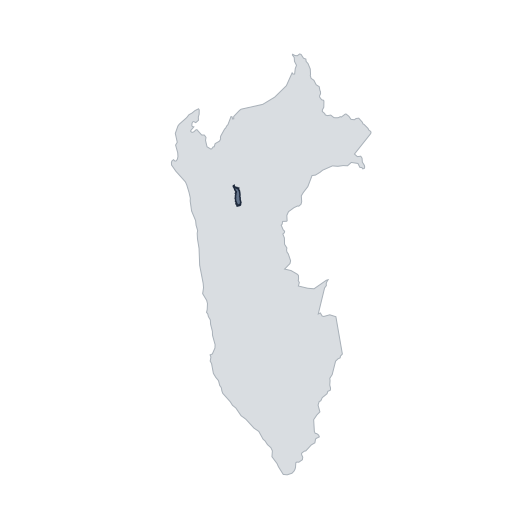 Huallaga, San Martín, Peru shown in context, rotated 13°
{"feature_id": "86281439B12799779720524", "entity_name": "Huallaga", "entity_type": "district", "adm_level": 2, "iso_a3": "PER", "parent_name": "Peru", "parent_adm1": "San Martín", "projection": "equal_earth", "projection_center": [-76.922, -6.751], "detail": "fine", "context": "in_parent", "style": "filled", "palette": "slate", "viewbox_px": 512, "rotation_deg": 13, "n_neighbors": 0, "source": "geoboundaries", "source_scale": "gbopen_adm2", "svg_char_len": 6706}
<svg xmlns="http://www.w3.org/2000/svg" viewBox="0 0 512 512"><g transform="rotate(13 256 256)"><path d="M341.9,144.8L341.8,146.3L340.4,147.1L339.2,146.0L337.3,146.3L334.5,142.9L327.8,143.4L324.9,147.5L320.5,148.3L315.6,150.2L310.2,151.0L301.6,157.4L299.6,160.0L295.7,163.8L292.5,165.0L290.9,176.7L287.8,183.5L286.6,187.2L288.3,192.8L288.2,195.5L286.5,197.8L285.1,198.0L282.1,200.4L277.7,205.5L276.9,209.5L278.4,214.7L277.9,215.3L274.2,216.3L274.3,219.2L273.6,220.3L276.6,224.4L278.3,225.4L278.4,226.5L278.1,227.5L277.4,228.0L277.4,228.9L279.6,232.0L281.2,238.2L284.3,241.2L284.4,243.2L285.3,245.2L287.0,246.7L290.8,252.9L290.8,255.7L286.8,262.3L293.4,262.3L300.7,264.6L301.8,265.6L302.6,268.6L302.7,270.5L304.2,272.1L304.0,275.7L313.6,275.8L319.9,274.9L330.0,263.8L331.6,262.9L330.8,265.3L330.6,267.1L331.2,269.0L330.0,271.7L329.7,298.5L331.5,297.0L333.9,299.6L335.6,299.7L341.1,296.7L347.5,297.2L362.2,332.1L360.8,334.5L360.9,336.3L359.0,337.8L357.2,340.6L356.9,354.4L355.4,358.6L356.2,360.8L356.9,365.2L358.3,367.9L358.6,369.6L358.5,370.2L356.4,371.7L356.2,374.2L352.4,379.1L351.7,382.5L350.3,383.6L350.0,387.3L353.3,393.5L351.1,397.1L349.0,402.5L352.3,413.8L353.6,415.5L355.1,415.4L357.3,416.4L358.4,418.0L355.7,420.2L355.2,421.1L355.4,424.8L352.4,427.6L348.3,434.8L347.2,435.1L345.2,437.3L344.8,438.3L345.2,439.4L346.8,441.5L347.0,444.1L344.1,447.3L342.1,447.6L341.3,448.5L342.0,452.8L342.0,454.8L341.4,457.1L339.9,459.6L335.6,462.2L331.7,462.7L325.2,456.2L323.2,453.5L316.7,448.0L315.8,442.2L313.6,439.4L309.6,437.2L306.5,434.2L304.1,432.9L298.2,426.3L292.8,424.2L282.8,417.3L277.4,415.0L270.5,408.6L266.7,406.8L263.7,403.8L254.6,397.4L253.2,395.3L251.8,392.1L249.8,390.3L247.5,385.9L244.1,383.3L240.9,380.0L236.9,370.8L235.0,368.7L234.8,364.6L233.5,362.7L235.5,361.3L236.7,354.9L236.1,351.6L231.4,342.9L230.5,339.3L227.1,332.7L225.9,328.6L223.2,325.7L222.0,323.2L220.5,322.1L220.5,319.1L219.4,313.2L217.9,310.3L212.5,304.7L212.0,298.7L210.7,294.6L203.2,277.7L198.8,261.4L195.1,252.4L193.6,247.1L193.4,244.3L190.7,239.5L189.2,235.1L183.1,226.6L179.5,217.2L179.0,214.4L176.5,209.2L172.6,202.4L170.6,199.7L158.8,191.4L153.2,186.3L152.5,183.7L152.8,182.1L154.0,180.7L155.7,181.8L156.8,181.3L157.6,179.5L157.6,176.7L156.5,173.0L152.7,166.0L153.7,162.9L149.8,154.7L150.7,146.8L151.6,144.8L157.3,136.8L158.9,133.4L161.4,131.2L163.9,128.0L166.9,125.5L167.8,126.4L168.7,130.7L168.5,133.5L169.4,136.7L167.3,139.6L165.0,139.0L164.1,139.7L163.8,141.1L164.1,143.2L164.7,144.1L166.4,144.2L164.2,148.4L164.3,149.3L165.9,150.0L167.5,149.0L169.1,146.6L170.0,146.2L175.8,150.3L178.5,149.8L180.6,151.7L180.8,154.7L183.7,160.6L188.0,162.0L188.8,161.5L189.7,159.3L190.7,159.0L190.9,155.7L194.6,152.3L195.2,149.9L194.6,148.2L194.7,146.9L196.9,139.2L197.6,138.4L198.2,135.9L199.1,134.4L200.3,125.8L201.4,125.8L202.4,127.8L203.5,127.3L202.9,125.4L203.1,124.7L207.2,117.8L208.5,116.3L228.5,106.7L238.5,97.0L247.3,83.2L250.0,69.4L251.0,70.4L252.7,70.0L252.1,64.5L252.5,61.8L252.5,61.0L249.7,57.7L248.6,54.0L246.2,51.9L246.3,51.2L248.9,51.9L251.2,51.6L253.1,49.3L254.6,49.5L257.8,52.6L260.3,52.9L261.1,55.2L263.4,56.8L266.8,61.6L268.3,66.8L268.2,67.7L269.7,70.5L272.9,71.8L276.1,75.6L279.5,76.8L281.0,80.3L281.9,81.4L282.4,83.4L281.9,85.7L282.3,86.9L284.8,89.0L286.9,89.1L287.4,90.1L288.6,95.8L287.8,98.7L288.1,100.3L290.9,101.7L291.7,102.9L293.9,103.2L297.1,101.9L300.9,103.7L303.9,103.1L305.3,102.6L306.7,101.3L307.9,101.4L311.0,97.7L311.8,97.4L315.1,99.0L317.8,101.5L321.2,101.1L322.6,99.5L325.1,98.6L329.5,101.7L330.5,103.2L331.7,103.5L336.5,106.5L337.3,107.7L339.8,108.9L340.3,109.9L340.2,111.0L329.0,134.5L332.4,136.4L335.6,135.2L337.3,136.8L338.5,140.6L341.1,143.2L341.9,144.8Z" fill="#d9dde1" stroke="#a8b0b8" stroke-width="1"/><path d="M227.6,203.2L227.5,202.9L227.4,202.6L227.1,202.3L227.0,202.2L226.9,201.9L226.8,201.7L226.7,201.6L226.7,201.4L226.7,201.2L226.8,201.0L226.8,200.9L226.7,200.7L226.6,200.2L226.6,199.9L226.5,199.7L226.4,199.5L226.4,199.4L226.3,199.2L226.2,199.0L226.2,198.9L226.2,198.7L226.1,198.4L226.0,198.2L225.9,198.1L225.9,197.9L225.8,197.7L225.7,197.4L225.6,197.2L225.5,196.9L225.4,196.8L225.2,196.5L225.2,196.4L225.2,196.2L225.0,195.9L224.9,195.9L224.7,195.8L224.5,195.7L224.4,195.7L224.2,195.1L224.0,194.9L224.0,194.4L223.9,194.1L223.7,193.8L223.7,193.7L223.4,193.8L223.3,194.0L223.2,194.3L223.1,194.2L223.1,194.3L222.9,194.4L222.7,194.2L222.3,194.1L222.2,194.3L222.0,194.2L221.9,194.2L221.6,193.8L221.4,193.8L221.2,194.0L221.0,193.9L220.9,193.8L220.9,193.6L220.9,193.4L220.7,193.2L220.6,192.9L220.6,193.0L220.4,193.4L220.4,193.5L220.2,193.6L219.8,193.6L219.7,193.5L219.4,193.6L219.3,193.4L219.2,193.4L219.2,193.2L219.0,192.6L218.9,192.6L218.7,192.5L218.7,192.4L218.6,192.5L218.5,192.4L218.4,192.4L218.3,192.5L218.2,192.6L218.3,192.8L218.4,193.2L218.3,193.4L218.4,193.5L218.5,193.7L218.8,193.8L219.0,194.0L219.1,194.3L219.3,194.3L219.4,194.5L219.5,194.5L219.5,194.4L219.7,194.5L219.8,194.6L219.7,194.7L219.7,194.8L220.0,194.9L220.0,195.0L220.1,195.3L220.2,195.7L220.2,195.8L220.3,196.0L220.4,196.3L220.5,196.4L220.8,196.4L221.0,196.5L221.2,196.9L221.3,197.0L221.5,197.3L221.6,197.5L221.9,197.6L222.0,197.6L222.1,197.8L222.3,197.8L222.3,198.1L222.2,198.3L222.3,198.5L222.1,198.5L222.0,198.9L222.0,199.1L221.9,199.2L221.8,199.4L221.8,199.5L222.0,199.5L222.1,199.8L222.1,200.0L222.3,200.2L222.4,200.3L222.4,200.5L222.5,200.6L222.5,200.8L222.6,201.0L222.5,201.3L222.4,201.6L222.4,201.8L222.5,202.0L222.6,202.3L222.6,202.5L222.6,202.8L222.8,203.0L222.9,203.4L222.9,203.7L222.9,203.8L222.8,204.0L223.0,204.0L223.0,204.3L223.0,204.5L223.1,204.8L223.2,205.0L223.3,205.4L223.3,205.5L223.5,205.9L223.6,206.0L223.7,206.4L223.7,206.6L223.7,206.9L223.7,207.1L223.8,207.5L224.1,207.7L224.3,207.7L224.5,207.7L224.7,207.9L224.7,208.0L224.8,208.4L224.8,208.5L224.8,208.8L224.7,208.9L224.7,209.1L224.7,209.3L224.7,209.6L224.8,209.8L225.0,209.8L225.1,209.7L225.5,209.2L225.6,209.3L225.6,209.6L225.7,209.8L225.7,210.0L225.8,210.0L225.8,210.3L225.9,210.6L226.0,210.9L226.1,211.1L226.2,211.3L226.2,211.5L226.3,211.6L226.5,211.6L226.7,211.4L226.7,211.0L226.7,210.8L226.8,210.7L227.0,210.6L227.3,210.4L227.5,210.4L227.6,210.2L227.8,210.0L227.9,209.9L228.1,210.0L228.3,209.9L228.4,209.7L228.5,209.7L228.5,209.9L228.6,210.1L228.7,210.3L228.6,210.5L228.8,210.4L228.9,210.2L229.0,210.1L229.3,209.9L229.3,209.7L229.3,209.4L229.3,209.2L229.3,209.3L229.3,209.1L229.3,208.9L229.2,208.8L229.3,208.7L229.2,208.5L229.2,208.4L229.0,208.2L228.9,207.9L229.0,207.8L229.1,207.7L229.3,207.4L229.2,207.2L229.1,206.9L228.9,206.7L228.7,206.1L228.5,205.8L228.4,205.7L228.3,205.4L228.1,205.1L228.0,204.8L227.9,204.7L227.8,204.3L227.7,204.0L227.6,203.8L227.6,203.4L227.6,203.2Z" fill="#64748b" stroke="#1e293b" stroke-width="1.5"/></g></svg>